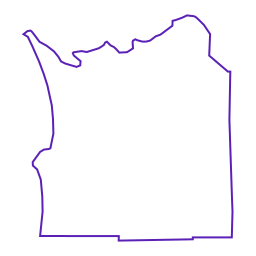 outline of Clatsop, Oregon, United States of America
{"feature_id": "52423323B41854352046463", "entity_name": "Clatsop", "entity_type": "district", "adm_level": 2, "iso_a3": "USA", "parent_name": "United States of America", "parent_adm1": "Oregon", "projection": "albers", "projection_center": [-123.747, 46.022], "detail": "fine", "context": "isolated", "style": "outline", "palette": "violet", "viewbox_px": 256, "rotation_deg": 0, "n_neighbors": 0, "source": "geoboundaries", "source_scale": "gbopen_adm2", "svg_char_len": 1012}
<svg xmlns="http://www.w3.org/2000/svg" viewBox="0 0 256 256"><path d="M231.8,237.4L232.5,211.6L232.0,198.3L229.4,119.9L230.3,71.6L227.9,71.6L209.2,55.6L210.1,34.1L203.9,24.9L197.2,18.3L195.3,16.8L193.8,16.2L187.0,15.4L182.4,17.6L179.2,18.8L175.5,20.1L172.6,20.8L172.4,25.7L160.5,34.6L155.6,36.4L150.1,40.6L146.1,41.6L142.4,41.6L137.2,40.2L135.3,39.3L133.1,40.6L132.6,42.0L133.0,48.4L127.0,52.2L119.3,52.6L116.2,49.1L113.8,47.0L110.6,45.4L106.9,41.7L105.1,42.6L104.0,44.8L102.4,46.0L98.9,48.2L95.5,49.3L86.8,52.0L81.5,51.1L73.5,52.3L72.8,53.1L73.8,55.5L80.6,61.2L80.2,65.4L76.5,66.9L65.1,63.5L61.0,61.4L58.4,56.8L53.9,51.3L46.6,45.7L39.5,41.8L34.6,35.2L31.7,31.5L30.5,30.6L27.5,31.1L23.5,34.2L27.8,36.8L32.1,45.7L39.1,61.6L43.7,73.9L47.4,85.4L51.8,105.5L53.0,119.0L53.4,133.6L50.4,148.2L49.0,149.0L44.1,149.5L40.1,151.9L32.7,162.1L32.9,165.6L37.1,169.4L40.8,179.6L42.3,196.7L42.6,211.6L40.1,236.0L118.8,236.1L118.7,240.6L192.8,239.3L192.8,237.4L231.8,237.4Z" fill="none" stroke="#5b21b6" stroke-width="2"/></svg>